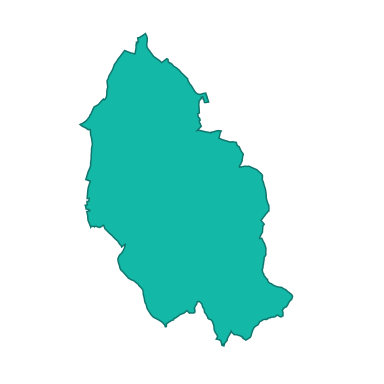 Alunis, Cluj, Romania (Mercator projection), rotated 197°
{"feature_id": "2599482B75339892502003", "entity_name": "Alunis", "entity_type": "district", "adm_level": 2, "iso_a3": "ROU", "parent_name": "Romania", "parent_adm1": "Cluj", "projection": "mercator", "projection_center": [23.748, 47.047], "detail": "fine", "context": "isolated", "style": "filled", "palette": "teal", "viewbox_px": 384, "rotation_deg": 197, "n_neighbors": 0, "source": "geoboundaries", "source_scale": "gbopen_adm2", "svg_char_len": 5924}
<svg xmlns="http://www.w3.org/2000/svg" viewBox="0 0 384 384"><g transform="rotate(197 192 192)"><path d="M225.0,90.4L221.5,90.1L218.1,88.6L216.3,88.0L215.5,87.0L212.7,85.6L210.6,84.1L210.0,83.4L208.4,79.3L207.7,78.4L206.4,76.1L205.6,74.3L204.3,72.2L203.3,71.5L200.7,67.3L195.9,63.2L193.7,61.7L191.9,60.9L186.7,60.0L182.2,58.7L179.3,56.9L178.1,55.3L177.4,55.6L177.2,56.0L177.6,57.6L178.1,58.4L176.5,60.2L175.4,61.7L174.8,62.1L174.4,62.9L172.3,64.3L172.2,64.5L172.3,65.2L172.0,66.3L171.5,66.3L170.6,67.0L170.2,67.8L168.8,69.3L167.7,71.2L164.3,73.8L162.1,77.1L161.8,77.1L160.0,75.9L158.9,75.4L158.0,76.1L157.3,76.1L155.2,76.7L154.2,77.5L154.2,78.5L154.6,78.9L154.7,79.7L155.1,80.1L154.9,80.3L155.1,80.8L155.7,81.3L155.6,83.3L155.4,84.4L154.9,85.5L154.8,87.3L154.9,88.0L154.7,88.7L152.9,89.4L151.0,88.5L149.7,87.6L148.5,85.6L147.5,84.5L146.6,83.9L146.1,83.3L144.9,80.8L144.5,80.4L143.0,79.5L142.4,78.8L140.4,77.0L139.8,75.9L139.0,75.5L136.2,75.3L134.9,74.4L132.3,71.0L131.5,69.4L130.7,67.1L130.1,66.1L128.8,64.7L125.4,61.8L125.3,60.3L125.8,58.4L123.7,58.7L121.4,58.4L120.3,57.3L119.9,56.3L119.4,56.0L119.2,55.2L118.6,54.2L118.1,54.2L117.7,55.2L117.5,54.9L117.4,54.1L116.5,54.1L116.5,56.9L115.0,60.5L115.4,62.1L115.2,62.7L115.1,63.7L114.8,65.5L114.4,66.3L114.4,67.3L114.0,68.1L114.1,68.7L113.8,68.9L113.8,70.3L113.2,69.7L109.9,67.9L108.2,68.5L106.0,68.6L105.1,68.4L104.5,68.6L102.9,68.4L102.3,68.0L101.9,68.5L101.7,68.4L100.7,67.7L100.5,67.3L100.4,66.8L99.3,66.8L97.2,66.1L93.9,69.9L93.5,71.3L93.6,74.5L93.5,78.0L93.0,80.5L92.0,82.3L90.3,84.0L89.9,84.8L89.3,87.7L89.0,88.1L87.6,89.4L86.5,90.8L85.8,91.3L84.7,91.7L84.0,91.6L82.8,92.6L82.8,92.9L82.3,93.1L82.0,93.8L81.7,94.2L80.1,94.7L79.8,95.2L79.1,95.7L77.7,96.1L75.7,97.3L75.5,97.6L75.6,98.1L74.4,99.2L74.0,99.3L72.0,98.6L70.6,98.6L69.8,98.9L69.3,99.9L68.8,100.2L69.8,103.4L70.6,104.6L71.0,105.8L71.0,106.1L70.4,106.9L70.1,108.0L69.3,108.9L68.1,109.9L68.0,110.5L67.4,112.6L67.2,114.2L66.7,116.1L65.4,118.3L65.2,121.2L65.5,121.9L66.8,123.0L70.3,124.5L71.0,124.6L73.8,126.0L76.4,126.3L78.1,127.0L82.2,126.3L85.0,126.4L87.3,126.8L89.1,127.4L91.6,127.7L92.3,128.1L93.8,129.4L94.3,130.6L94.9,130.5L95.3,130.7L97.2,132.3L98.6,133.0L99.2,133.9L99.5,134.7L101.1,135.8L101.5,137.3L102.2,137.9L102.0,139.9L102.2,141.1L102.6,142.1L102.5,143.8L102.9,145.1L103.2,147.9L103.9,150.6L103.9,150.9L103.4,151.7L103.0,153.7L103.6,155.1L104.9,159.9L107.5,163.7L109.5,165.6L111.7,168.1L113.8,167.3L113.9,168.4L113.5,171.2L112.9,174.2L114.2,179.8L114.1,180.6L113.5,182.3L117.7,185.0L114.7,193.0L114.0,194.4L113.8,195.2L113.3,196.4L113.0,196.4L113.6,198.6L114.5,201.3L115.1,202.2L116.0,203.0L116.8,204.1L119.0,207.6L119.7,209.4L120.5,211.7L122.6,216.1L125.5,220.3L126.4,221.9L128.6,224.7L128.8,226.3L129.5,228.5L130.6,229.4L136.4,232.2L145.1,233.3L146.2,232.8L149.3,232.0L151.0,231.0L153.7,229.6L153.9,230.5L154.2,230.7L154.2,231.1L153.6,233.0L153.2,236.1L153.3,237.0L153.9,240.3L153.9,242.6L154.0,243.0L154.3,243.5L156.8,245.3L160.3,249.2L162.3,249.6L164.2,252.4L167.7,251.9L169.4,251.3L169.7,250.9L178.4,250.9L182.0,251.3L182.1,254.0L182.4,256.7L181.9,258.9L184.9,258.4L186.6,257.5L190.5,254.9L191.0,254.9L191.0,254.2L196.8,253.5L203.5,253.1L204.1,252.6L205.1,252.2L202.3,257.6L202.7,257.9L204.2,259.8L205.0,260.4L206.0,262.6L205.2,263.1L206.5,265.0L207.0,265.0L207.5,265.2L208.1,265.9L209.4,268.5L208.1,269.7L210.2,275.5L211.0,277.2L211.4,279.5L211.7,280.4L211.7,281.2L210.8,283.5L210.3,284.4L210.9,285.3L209.6,286.2L208.6,284.9L208.4,284.0L207.9,284.1L206.2,281.2L204.9,281.6L202.4,282.9L203.9,285.1L205.1,286.4L204.9,286.5L205.3,287.2L207.8,290.6L209.5,289.8L212.8,287.6L215.3,287.4L217.2,288.0L218.9,289.1L222.2,292.1L222.8,292.7L225.1,294.4L225.9,294.8L226.6,295.6L227.4,296.2L227.7,296.7L228.7,297.7L229.3,299.0L237.2,303.0L239.9,304.8L243.3,306.2L246.0,306.8L248.9,308.6L249.6,308.6L250.0,309.0L251.1,308.7L251.5,309.3L252.4,309.3L253.2,310.2L253.4,311.4L254.2,312.0L255.1,312.1L258.8,306.9L261.6,308.2L268.3,310.4L275.3,315.6L276.1,316.1L277.0,317.1L277.6,317.9L278.2,319.2L278.7,320.9L278.8,322.5L279.7,325.8L280.8,327.7L282.9,329.9L285.2,326.9L286.6,325.4L287.3,324.4L289.0,323.5L287.2,319.6L288.9,319.1L289.0,318.9L288.6,317.9L288.0,317.9L287.9,317.7L288.1,317.0L288.6,316.5L287.6,313.5L287.1,309.2L287.0,307.4L291.6,307.1L297.8,307.6L300.5,300.1L300.7,299.8L301.6,297.4L302.1,295.2L303.5,291.1L303.7,285.7L305.3,278.9L305.3,275.6L305.7,274.1L305.7,273.3L305.4,272.5L303.2,267.5L303.2,265.5L302.8,263.0L302.2,261.3L301.8,259.2L301.7,257.9L301.8,256.7L302.4,255.0L302.8,254.5L303.0,254.4L303.7,255.1L304.2,254.6L305.2,252.6L307.1,248.2L310.4,244.8L310.8,242.8L311.5,236.8L312.0,235.8L312.0,234.7L312.2,233.5L313.8,229.6L314.4,228.5L316.2,226.4L317.0,225.1L318.3,224.4L318.8,223.8L316.2,222.8L312.2,222.2L309.4,221.2L308.2,221.9L307.5,221.9L305.8,217.4L303.9,214.3L301.5,209.2L301.1,207.9L300.7,203.8L299.8,200.8L299.3,198.5L299.2,197.6L298.3,194.9L297.9,192.9L297.3,189.4L296.7,187.9L296.7,185.1L297.2,181.3L297.2,172.8L295.3,173.0L295.1,172.7L292.4,172.7L292.5,166.0L292.1,163.2L290.6,156.0L290.4,155.1L288.4,155.8L288.1,154.1L288.1,152.9L289.7,152.2L289.1,150.4L288.4,149.5L288.4,149.1L288.7,148.8L290.3,148.1L289.4,146.9L288.3,144.8L285.8,145.0L284.9,144.8L284.3,144.4L284.3,144.2L284.5,144.0L286.9,142.5L284.8,138.8L283.8,136.1L283.0,134.3L279.6,130.2L278.6,128.7L278.4,129.4L278.2,129.7L276.8,130.0L275.8,130.6L275.3,130.5L275.0,130.2L274.6,130.8L273.7,131.3L272.3,131.0L269.9,131.1L266.9,134.3L266.2,133.7L264.5,131.4L258.8,128.4L255.3,126.8L253.1,125.4L248.4,123.2L246.5,121.4L245.1,120.5L244.4,120.3L243.2,118.8L241.4,121.6L240.6,122.4L240.4,121.4L240.2,119.1L240.6,116.6L240.7,115.3L241.5,112.8L241.9,111.9L242.2,111.8L242.6,111.1L242.8,110.0L243.1,109.4L243.2,108.3L243.3,106.1L242.4,104.3L242.0,103.8L242.1,103.6L240.7,101.5L240.0,100.6L238.4,97.8L236.6,96.2L235.9,96.1L235.1,95.7L227.3,90.9L226.6,90.9L225.0,90.4Z" fill="#14b8a6" stroke="#0f766e" stroke-width="1.5"/></g></svg>